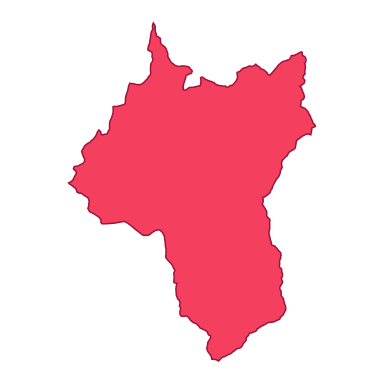 Tsento, Paro, Bhutan (Robinson projection)
{"feature_id": "84629894B34516930524400", "entity_name": "Tsento", "entity_type": "district", "adm_level": 2, "iso_a3": "BTN", "parent_name": "Bhutan", "parent_adm1": "Paro", "projection": "robinson", "projection_center": [89.316, 27.609], "detail": "fine", "context": "isolated", "style": "filled", "palette": "rose", "viewbox_px": 384, "rotation_deg": 0, "n_neighbors": 0, "source": "geoboundaries", "source_scale": "gbopen_adm2", "svg_char_len": 5890}
<svg xmlns="http://www.w3.org/2000/svg" viewBox="0 0 384 384"><path d="M206.6,348.4L207.0,349.1L207.5,350.9L208.1,351.9L211.1,355.9L211.7,359.1L215.7,359.6L218.2,360.6L218.6,361.0L221.6,357.8L222.4,357.3L224.6,356.6L228.9,354.3L230.5,353.8L233.6,351.3L234.2,351.0L236.0,349.4L237.2,348.7L240.0,348.0L240.9,347.5L242.5,345.5L243.2,343.7L245.8,340.8L246.3,339.7L246.1,337.9L248.7,335.1L249.4,333.0L251.4,333.0L255.7,331.2L256.5,330.6L257.3,328.7L258.0,328.6L261.0,326.4L265.8,324.1L267.2,322.9L268.1,322.6L273.4,322.0L279.4,319.3L280.1,318.5L280.5,317.2L283.2,314.8L284.6,311.7L285.6,310.2L285.8,309.0L285.4,305.6L284.5,303.8L284.4,302.8L283.7,300.9L283.6,298.9L281.1,295.6L281.3,293.9L281.1,291.4L280.9,290.7L279.9,289.2L279.8,288.5L279.8,287.1L282.0,283.5L282.7,281.9L282.5,281.2L281.8,280.1L281.4,278.7L281.6,277.6L282.3,276.8L282.6,275.4L282.5,274.0L281.7,271.6L281.7,269.5L281.2,268.6L279.6,267.2L279.4,266.5L279.7,263.7L279.5,261.2L280.6,258.2L280.7,256.4L281.1,255.4L280.8,254.0L280.8,253.0L277.4,249.2L276.9,248.2L275.8,247.4L275.3,246.4L274.8,246.0L273.9,245.9L272.2,245.2L271.5,244.5L271.3,242.3L270.5,240.4L268.9,233.1L269.1,231.3L269.7,228.9L269.7,223.5L269.5,222.1L270.0,220.7L269.6,219.0L267.7,217.4L266.7,216.0L266.8,212.4L266.5,211.0L263.6,206.1L263.1,205.2L262.3,204.6L262.3,204.1L263.0,202.4L263.3,200.3L263.2,199.3L262.5,197.8L265.1,196.7L269.4,193.3L270.1,192.5L270.9,190.1L272.2,188.4L272.5,186.7L273.9,183.8L276.5,179.2L278.7,176.6L280.1,173.3L280.6,170.2L282.2,167.5L281.6,165.0L281.6,162.2L282.6,159.9L283.7,159.1L284.4,157.9L287.0,156.0L288.6,152.9L290.1,151.5L294.2,149.2L295.0,148.3L295.7,145.8L296.3,141.5L297.4,139.7L299.1,138.8L301.3,136.9L303.6,135.5L306.5,134.1L307.9,133.9L310.8,134.8L311.6,130.6L311.9,128.1L312.2,127.8L315.4,126.5L314.8,124.6L313.0,123.1L312.3,120.8L310.8,117.8L310.3,115.9L308.3,112.7L308.0,111.6L304.8,108.2L303.9,108.1L301.1,106.6L300.4,106.0L300.3,105.7L300.8,104.9L301.2,100.8L301.7,100.2L303.4,99.2L304.3,97.4L304.3,96.2L303.8,94.4L302.6,91.4L301.9,89.2L301.2,87.6L300.1,86.8L299.8,86.4L300.7,85.7L301.3,85.6L301.8,85.0L304.0,83.4L304.6,82.1L304.8,80.4L304.7,80.0L303.1,78.3L302.9,77.3L303.7,75.4L305.2,73.7L304.6,72.5L305.5,67.1L304.9,63.8L305.0,63.0L305.5,62.2L305.9,61.3L306.0,59.1L305.3,57.3L304.1,56.2L303.0,55.8L302.6,55.4L302.3,54.0L302.2,52.3L301.8,52.0L301.3,51.9L299.4,52.6L296.5,54.4L295.2,54.8L294.1,55.6L292.6,55.4L291.4,55.6L290.7,57.4L289.9,58.7L288.9,59.8L287.7,59.9L285.7,60.8L283.4,61.3L281.4,62.5L279.5,64.1L277.9,65.6L276.1,68.2L274.7,69.6L272.3,72.6L270.7,74.1L269.8,75.3L269.5,75.3L267.9,74.2L266.7,72.2L265.1,71.1L264.4,70.1L261.2,68.8L258.7,66.4L256.8,65.6L256.2,64.4L255.7,64.2L254.9,65.0L252.7,66.4L251.1,66.3L249.6,65.9L245.9,67.5L244.8,67.6L242.3,68.7L240.1,71.2L237.1,72.4L237.0,73.5L237.5,76.3L237.3,78.5L235.9,81.2L232.5,85.2L230.3,85.5L228.2,87.1L227.1,87.4L226.3,87.0L225.8,86.2L224.9,86.0L224.1,86.2L223.1,86.1L220.9,85.6L218.6,85.5L216.9,84.6L216.1,84.5L215.3,84.1L214.6,82.9L212.9,82.3L211.7,81.6L209.9,81.2L205.4,79.3L202.8,77.3L201.7,77.1L200.6,77.6L200.9,80.1L200.9,82.6L200.6,84.3L200.0,85.9L198.9,85.9L193.1,87.3L189.9,87.4L188.5,88.0L186.0,89.9L184.6,90.2L183.3,89.5L183.3,85.5L184.3,81.7L185.2,79.4L186.1,75.7L188.5,74.3L190.8,73.6L191.5,73.0L192.3,71.1L190.3,68.7L189.3,67.2L187.7,66.5L182.9,65.9L178.3,66.5L175.1,65.4L171.0,62.2L167.7,56.3L167.9,54.0L166.1,48.7L164.6,46.7L161.7,44.6L161.0,43.6L160.4,41.4L160.4,38.5L160.3,38.3L157.9,36.6L156.8,36.3L156.4,35.8L156.2,33.5L155.4,32.3L155.4,30.3L155.0,29.3L155.0,28.6L155.3,28.3L155.2,26.4L154.9,25.4L153.3,23.0L152.9,24.0L152.4,26.3L152.6,27.5L152.7,29.7L151.9,30.6L151.3,32.2L150.5,36.0L150.5,37.6L149.8,41.1L149.8,42.3L149.5,43.7L148.6,45.3L147.8,49.1L147.9,50.0L151.9,52.2L152.2,54.8L152.0,56.5L152.2,57.7L152.6,58.2L152.9,59.8L152.4,61.4L151.0,63.5L150.7,64.6L150.7,66.2L150.5,67.4L150.5,71.3L150.7,73.2L150.6,74.1L150.0,75.3L148.8,76.4L147.9,77.7L147.6,78.6L145.4,80.7L144.8,81.6L141.6,84.2L138.8,84.7L136.8,84.6L133.1,83.6L132.0,83.7L129.8,83.2L128.7,85.8L127.7,90.7L125.8,96.3L125.4,99.0L125.4,102.0L124.9,103.8L123.5,104.7L116.8,106.5L113.3,106.4L113.0,106.8L113.2,110.3L113.1,112.4L112.8,113.6L111.7,117.4L110.0,121.0L109.6,122.8L109.5,129.4L108.6,130.5L107.3,133.7L106.4,134.2L105.6,134.1L101.6,134.9L100.9,133.9L101.0,132.2L98.9,129.9L97.4,131.9L96.8,133.7L95.9,135.6L93.9,138.4L92.5,139.9L91.4,140.4L89.9,142.4L87.6,143.4L85.8,144.8L84.4,146.2L81.6,151.4L83.6,157.3L84.4,158.5L84.9,160.0L84.4,161.4L83.7,162.6L82.7,163.6L80.1,164.7L78.9,165.6L77.5,166.1L74.8,166.3L73.9,167.2L73.4,168.5L73.9,169.8L75.1,170.3L76.1,171.6L76.0,172.4L76.3,173.3L76.1,174.2L75.1,175.4L73.2,179.4L72.3,180.6L69.9,182.4L68.6,182.8L69.6,184.0L72.1,185.6L75.4,188.4L76.3,189.6L77.0,192.1L79.0,193.1L81.5,193.3L84.9,195.9L88.0,197.8L89.2,201.2L88.8,203.7L88.9,205.3L87.9,208.4L89.5,211.6L93.8,213.7L98.9,217.1L100.9,219.7L100.9,222.4L102.1,223.8L106.0,223.8L114.6,223.1L124.2,221.4L127.5,223.0L131.1,225.7L135.0,229.1L142.9,235.2L145.2,235.4L148.7,235.2L152.5,232.3L155.2,230.6L158.3,229.8L159.9,230.2L162.0,231.9L163.4,234.2L164.5,236.7L164.5,238.1L165.2,242.5L165.5,246.8L166.1,249.5L166.0,253.8L165.7,256.6L166.1,258.0L168.0,260.4L171.0,263.5L172.5,265.7L173.2,267.0L173.3,267.7L175.0,270.4L173.8,272.9L174.2,277.8L173.9,279.6L173.9,282.5L174.7,283.0L176.4,283.1L176.9,283.5L176.2,286.0L176.2,287.4L175.9,288.4L176.2,293.7L176.4,295.5L177.8,299.0L178.1,299.5L179.2,300.0L179.5,301.7L180.2,302.5L179.4,306.0L180.5,307.8L180.6,308.2L180.6,309.1L180.1,310.4L179.9,313.6L180.1,314.7L180.6,315.5L181.8,316.3L183.6,316.4L184.2,316.2L186.1,316.1L187.3,316.3L189.3,318.4L190.3,320.1L192.3,321.8L193.7,322.8L196.0,323.5L196.8,324.2L199.0,326.3L199.5,327.3L200.3,328.1L205.0,330.2L206.9,331.6L207.6,332.4L207.8,333.5L208.4,334.6L208.9,335.1L210.5,335.7L210.6,337.8L207.8,342.5L207.2,347.0L206.6,348.4Z" fill="#f43f5e" stroke="#9f1239" stroke-width="1.5"/></svg>